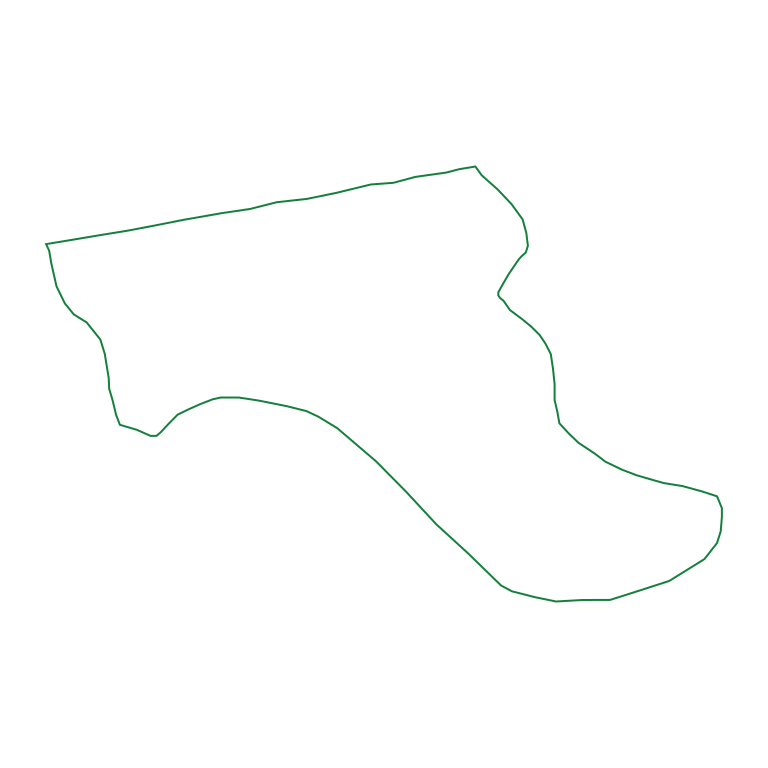 the district of Al-Faw, Al-Basrah, Iraq
{"feature_id": "34846034B64994125853328", "entity_name": "Al-Faw", "entity_type": "district", "adm_level": 2, "iso_a3": "IRQ", "parent_name": "Iraq", "parent_adm1": "Al-Basrah", "projection": "albers", "projection_center": [48.282, 30.044], "detail": "fine", "context": "isolated", "style": "outline", "palette": "green", "viewbox_px": 768, "rotation_deg": 0, "n_neighbors": 0, "source": "geoboundaries", "source_scale": "gbopen_adm2", "svg_char_len": 1402}
<svg xmlns="http://www.w3.org/2000/svg" viewBox="0 0 768 768"><path d="M46.1,244.1L49.2,250.8L51.2,262.8L56.5,286.3L64.9,303.5L73.8,314.4L86.6,322.4L100.4,339.6L104.8,354.0L108.7,378.0L109.2,388.9L112.6,400.3L116.0,414.6L119.9,424.8L136.8,429.8L150.6,435.9L156.5,435.9L160.7,432.3L168.7,423.7L177.7,414.6L187.8,409.7L200.0,404.2L212.7,399.3L220.7,397.5L238.7,397.5L258.8,400.6L286.9,406.2L306.5,411.1L318.2,416.6L337.3,428.2L353.3,441.9L376.0,461.3L405.7,491.3L436.4,524.4L467.8,553.1L491.1,575.8L501.2,585.6L511.9,591.3L534.6,597.1L556.0,601.5L582.4,600.0L610.1,599.9L637.8,591.1L669.3,580.9L704.4,559.1L717.0,543.1L720.7,531.4L721.9,516.9L721.9,508.2L717.1,496.4L715.5,495.8L702.2,491.5L682.6,486.1L664.0,483.1L655.0,480.6L636.4,475.2L622.0,469.7L605.6,461.8L595.0,453.8L578.5,442.8L571.2,435.8L569.0,433.7L559.4,423.3L557.3,411.6L554.6,400.0L554.6,384.1L553.0,368.8L550.8,354.1L545.5,343.7L539.7,335.1L531.2,326.6L522.2,319.2L510.0,310.1L503.6,300.9L499.9,297.8L498.3,295.4L498.3,292.3L503.1,283.7L508.4,274.6L516.3,262.9L518.9,259.2L521.6,256.2L525.8,252.5L527.9,245.8L526.3,232.9L522.6,219.4L511.5,204.1L497.7,189.5L481.8,175.4L476.0,167.4L475.4,166.5L469.5,167.5L459.2,169.2L446.1,172.6L415.3,176.9L393.4,182.8L370.7,184.5L336.2,192.9L306.9,198.9L276.9,202.2L249.8,209.0L222.0,213.1L183.1,219.9L153.8,225.7L127.4,230.7L96.7,235.7L46.1,244.1Z" fill="none" stroke="#15803d" stroke-width="2"/></svg>